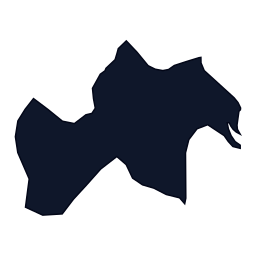 map outline of Neftçala (Albers equal-area conic projection)
{"feature_id": "AZE-1710", "entity_name": "Neftçala", "entity_type": "District", "adm_level": 1, "iso_a3": "AZE", "parent_name": "Azerbaijan", "parent_adm1": "", "projection": "albers", "projection_center": [49.135, 39.338], "detail": "fine", "context": "isolated", "style": "filled", "palette": "ink", "viewbox_px": 256, "rotation_deg": 0, "n_neighbors": 0, "source": "natural_earth", "source_scale": "10m", "svg_char_len": 977}
<svg xmlns="http://www.w3.org/2000/svg" viewBox="0 0 256 256"><path d="M200.9,57.4L201.0,62.9L204.2,70.6L234.2,97.9L238.0,102.6L240.6,108.0L240.4,109.8L238.9,111.3L237.0,125.1L237.4,129.3L240.1,134.1L236.2,132.0L233.2,129.4L231.0,126.3L229.2,122.7L227.2,122.8L228.4,128.9L231.1,135.7L235.1,141.6L240.2,145.2L240.2,148.3L232.9,146.5L228.3,141.5L224.2,135.6L207.7,124.7L197.0,128.8L188.8,139.6L185.5,152.8L185.8,198.2L184.7,203.7L179.6,197.8L166.3,194.5L153.8,188.1L142.5,184.8L132.6,178.1L126.2,164.6L116.8,156.5L100.7,169.0L86.1,185.4L73.5,199.1L62.2,213.9L42.7,215.1L25.5,207.2L29.2,178.9L17.8,152.6L15.4,136.7L17.9,120.9L25.2,109.2L33.5,98.6L48.1,109.6L62.4,121.2L74.4,123.6L85.9,114.8L91.9,113.4L95.3,108.2L93.5,98.6L92.5,88.3L100.3,74.2L101.7,73.2L105.0,70.8L106.0,68.3L115.1,59.7L117.1,53.1L118.3,48.6L126.3,40.9L137.0,52.2L148.1,65.7L155.2,69.2L162.8,70.6L168.6,69.5L174.3,65.5L186.6,61.5L199.0,57.7L200.9,57.4Z" fill="#0f172a" stroke="#020617" stroke-width="1.5"/></svg>